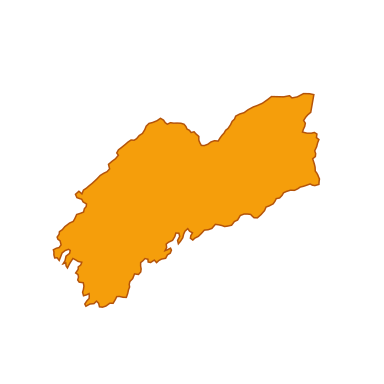 Córrego do Ouro, Goiás, Brazil, rotated 47°
{"feature_id": "56859067B22352595900179", "entity_name": "Córrego do Ouro", "entity_type": "district", "adm_level": 2, "iso_a3": "BRA", "parent_name": "Brazil", "parent_adm1": "Goiás", "projection": "equal_earth", "projection_center": [-50.579, -16.362], "detail": "fine", "context": "isolated", "style": "filled", "palette": "amber", "viewbox_px": 384, "rotation_deg": 47, "n_neighbors": 0, "source": "geoboundaries", "source_scale": "gbopen_adm2", "svg_char_len": 3473}
<svg xmlns="http://www.w3.org/2000/svg" viewBox="0 0 384 384"><g transform="rotate(47 192 192)"><path d="M203.2,347.5L204.3,343.1L206.8,339.8L206.7,336.3L209.7,336.2L212.9,338.0L215.2,336.0L216.7,332.8L217.3,327.9L219.6,325.6L218.4,321.5L217.2,318.4L218.8,316.4L222.0,314.2L224.3,311.9L222.4,308.3L220.2,305.1L218.9,302.4L216.8,301.0L215.1,298.5L214.9,294.5L212.7,289.9L215.8,287.4L215.5,284.0L213.6,281.7L211.0,280.0L208.6,277.7L208.8,274.7L208.6,271.8L211.1,270.1L213.3,271.8L215.3,270.4L216.1,266.0L219.5,266.1L219.5,262.9L220.3,260.0L222.5,256.5L221.2,252.8L221.9,249.6L220.5,246.7L218.4,246.0L217.5,249.3L216.5,251.7L215.3,248.4L212.5,246.4L212.7,243.5L214.1,239.2L212.9,235.0L211.0,231.8L213.2,229.7L216.1,231.3L217.6,235.6L220.6,237.3L220.2,234.2L219.2,230.0L217.1,226.8L215.9,223.9L215.9,220.1L219.1,220.5L222.2,219.5L223.1,222.6L224.7,224.7L227.7,224.2L227.7,221.3L228.8,217.6L228.7,213.5L228.3,209.0L230.7,205.8L232.2,202.3L231.6,197.0L234.4,194.7L237.1,192.9L239.5,191.7L241.3,189.1L243.3,185.7L242.5,181.1L243.6,177.8L242.1,172.7L243.6,169.0L245.9,166.5L248.4,164.4L250.5,164.4L253.1,164.2L255.5,161.8L255.6,157.0L255.1,151.7L253.5,148.1L254.8,145.1L256.0,140.7L255.3,137.5L254.3,134.9L256.1,132.0L255.9,128.5L255.0,125.6L256.0,122.6L257.8,118.8L260.7,115.9L261.8,112.4L262.2,109.5L263.8,106.7L265.3,103.4L266.7,100.1L269.1,99.3L271.1,97.8L273.0,94.0L271.1,92.0L269.4,89.9L267.4,89.2L265.4,88.4L263.0,87.8L260.8,87.6L257.7,85.0L254.9,83.4L250.0,81.1L250.2,77.6L248.3,75.4L245.6,74.2L243.9,70.0L241.6,66.4L240.2,63.4L237.1,63.9L234.8,61.1L231.9,61.9L230.4,64.6L227.4,67.8L223.5,70.3L222.1,67.8L220.9,64.8L219.0,62.2L215.8,61.6L214.8,57.6L214.5,54.7L214.7,50.8L203.9,36.5L200.3,39.0L196.1,43.3L194.2,50.2L191.4,54.7L188.1,55.0L184.9,60.1L176.4,68.8L176.0,73.5L175.1,80.0L173.0,85.9L171.6,89.1L170.1,94.8L169.5,99.8L167.5,103.9L166.3,108.3L167.7,111.3L167.7,114.4L169.1,118.0L170.1,122.3L169.8,125.3L170.8,128.4L171.0,131.3L171.6,134.6L172.6,138.1L169.8,140.6L168.3,144.0L167.9,147.8L166.4,151.4L164.3,153.4L161.4,152.7L158.8,151.7L156.0,149.1L152.0,149.5L149.4,149.4L147.9,152.1L145.2,151.8L142.5,152.7L140.0,151.8L137.0,151.6L134.2,153.2L131.7,155.6L129.1,158.5L126.6,160.5L125.6,163.8L123.0,164.3L120.0,163.8L116.6,164.8L116.0,169.0L114.3,173.4L112.5,176.7L112.6,180.6L114.2,184.0L115.4,188.3L114.7,192.1L115.2,196.1L114.7,199.0L112.4,201.1L111.8,204.9L111.7,208.4L111.4,212.8L111.0,217.0L112.1,220.4L114.9,220.8L115.5,225.3L115.0,229.5L114.8,234.2L118.9,236.5L119.2,240.3L118.1,243.8L117.3,247.8L117.6,252.5L117.6,259.2L117.3,263.0L117.2,266.4L116.6,270.1L118.3,273.8L114.3,274.2L114.2,278.8L117.6,280.0L120.2,278.7L122.1,277.6L125.0,278.4L128.8,277.3L130.5,279.3L130.8,282.1L132.7,285.0L131.6,287.9L129.8,291.7L131.6,296.0L132.5,298.9L131.2,302.7L130.6,308.6L131.1,312.5L130.6,316.0L132.3,318.0L133.0,321.4L135.1,322.3L137.7,321.8L141.4,323.8L142.0,327.1L140.6,329.6L139.7,332.8L141.6,333.8L143.8,335.9L146.6,337.4L148.1,335.5L151.5,335.8L149.9,332.5L148.0,328.6L148.3,324.7L149.7,321.4L151.7,320.9L153.4,323.4L153.0,327.9L155.7,331.8L156.6,335.2L157.7,332.7L160.2,334.5L162.6,334.9L161.4,331.7L160.5,328.9L159.4,324.4L162.3,323.4L165.2,322.6L168.2,320.5L169.5,323.2L169.2,326.3L170.9,327.9L171.9,332.3L174.6,331.7L176.8,333.0L178.4,335.6L181.0,336.0L184.2,333.4L187.1,335.2L189.3,338.0L190.7,340.4L193.9,342.1L195.3,339.3L196.1,336.6L197.9,338.0L199.7,339.8L199.9,343.1L200.8,346.8L203.2,347.5Z" fill="#f59e0b" stroke="#b45309" stroke-width="1.5"/></g></svg>